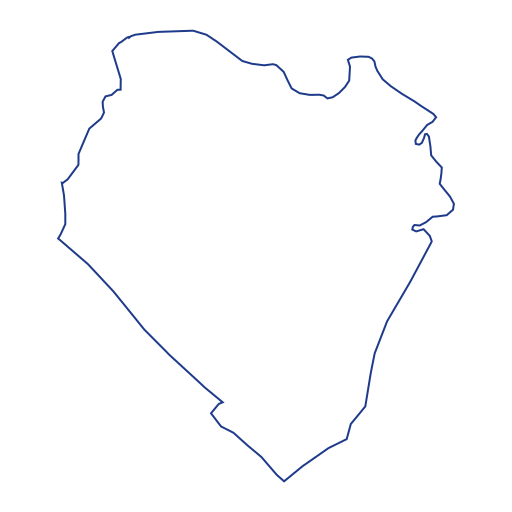 the district of B'hai, Grand Gedeh, Liberia
{"feature_id": "62588387B62156042060365", "entity_name": "B'hai", "entity_type": "district", "adm_level": 2, "iso_a3": "LBR", "parent_name": "Liberia", "parent_adm1": "Grand Gedeh", "projection": "albers", "projection_center": [-8.508, 6.351], "detail": "fine", "context": "isolated", "style": "outline", "palette": "blue", "viewbox_px": 512, "rotation_deg": 0, "n_neighbors": 0, "source": "geoboundaries", "source_scale": "gbopen_adm2", "svg_char_len": 1821}
<svg xmlns="http://www.w3.org/2000/svg" viewBox="0 0 512 512"><path d="M128.6,37.0L127.0,37.6L120.7,42.3L119.2,42.9L112.3,51.0L114.1,57.1L120.8,79.1L120.7,82.4L120.6,89.7L117.9,89.8L117.4,89.8L112.4,94.2L111.6,94.9L105.5,96.4L102.7,101.6L102.7,103.0L102.9,106.7L104.0,112.5L101.8,117.2L100.8,118.8L89.3,128.6L78.5,154.0L78.5,160.4L78.4,164.9L67.6,179.4L64.1,182.0L62.8,183.0L61.8,182.7L64.0,195.4L65.3,213.8L65.3,224.1L60.7,234.2L58.1,238.5L59.7,239.8L87.9,264.1L113.4,291.4L138.2,322.0L144.4,329.7L151.7,337.0L166.8,352.2L169.2,354.7L199.9,382.9L204.8,387.5L222.7,402.3L218.8,403.9L211.0,413.3L221.1,426.5L233.5,432.8L247.4,445.3L261.4,457.0L276.9,475.0L284.1,481.3L302.8,466.0L304.0,465.2L328.5,448.1L346.7,439.1L350.8,424.0L352.8,421.6L357.7,415.7L365.3,406.4L370.8,372.8L374.7,353.3L387.1,321.3L410.4,281.5L431.7,241.6L431.6,240.9L429.8,235.9L423.6,229.2L416.2,231.4L412.3,229.6L412.9,226.8L414.5,225.0L419.7,225.5L426.0,222.2L432.7,216.7L436.5,216.5L446.7,215.2L453.0,209.7L453.9,203.8L450.0,196.6L443.9,189.1L439.7,183.8L440.6,179.2L441.4,173.2L441.8,167.5L436.2,161.6L431.2,155.4L430.4,146.3L428.9,136.5L426.9,133.9L425.0,134.3L424.1,137.8L421.9,142.8L419.3,144.6L417.2,144.2L415.8,143.9L415.4,140.4L416.7,138.0L418.9,134.7L421.9,131.4L427.2,124.9L432.6,121.8L436.1,117.2L433.3,113.9L421.1,106.0L414.8,101.6L401.6,93.6L390.7,86.1L382.7,79.3L377.3,70.8L375.5,66.6L374.4,61.4L372.0,58.5L368.6,56.8L360.1,56.5L351.4,57.6L347.9,59.8L350.0,66.6L349.2,80.6L345.0,87.0L338.9,93.1L332.6,97.3L327.4,98.4L323.7,95.5L319.0,94.7L312.0,94.9L309.8,94.9L299.6,93.2L291.6,88.4L287.4,80.0L283.7,71.9L276.3,65.1L272.9,64.2L264.2,65.3L252.0,63.8L242.3,61.0L227.3,49.6L216.4,41.3L213.2,39.2L206.4,34.7L193.1,30.7L158.2,31.9L135.3,34.7L133.8,35.2L130.7,36.3L129.0,37.8L128.6,37.0Z" fill="none" stroke="#1e3a8a" stroke-width="2"/></svg>